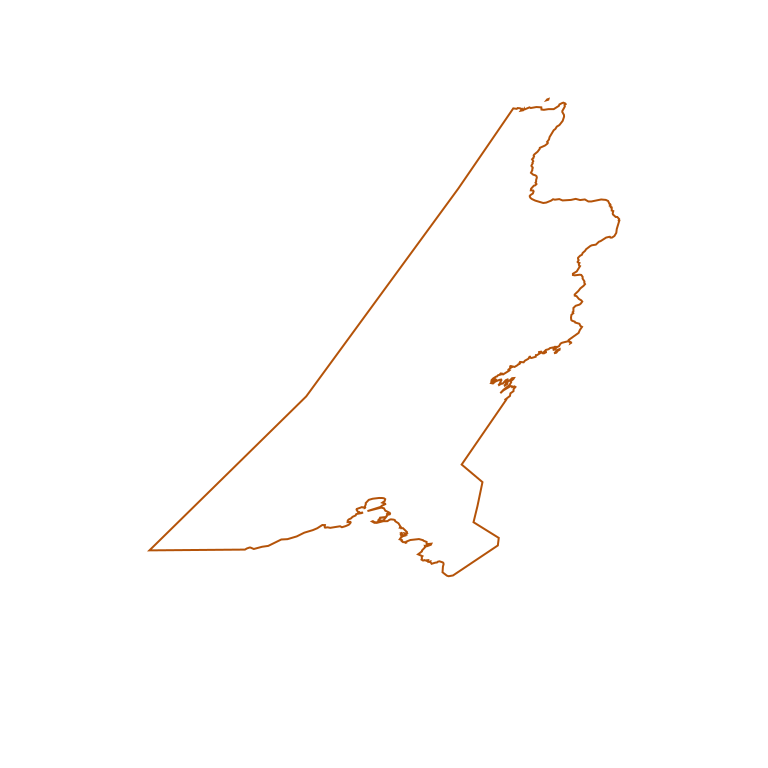 Reykjanesbær, Suðurnes, Iceland (Equal Earth projection), rotated 157°
{"feature_id": "244011B48140939724428", "entity_name": "Reykjanesbær", "entity_type": "district", "adm_level": 2, "iso_a3": "ISL", "parent_name": "Iceland", "parent_adm1": "Suðurnes", "projection": "equal_earth", "projection_center": [-22.621, 63.919], "detail": "fine", "context": "isolated", "style": "outline", "palette": "amber", "viewbox_px": 768, "rotation_deg": 157, "n_neighbors": 0, "source": "geoboundaries", "source_scale": "gbopen_adm2", "svg_char_len": 6168}
<svg xmlns="http://www.w3.org/2000/svg" viewBox="0 0 768 768"><g transform="rotate(157 384 384)"><path d="M576.7,285.9L574.4,286.2L571.7,286.0L570.8,285.6L568.3,283.0L559.8,281.8L553.8,280.2L539.3,281.0L533.5,278.9L523.9,277.8L515.5,278.3L506.6,277.3L501.8,277.3L495.9,278.3L493.5,277.2L494.4,275.9L494.5,275.0L494.1,274.7L491.9,274.1L489.7,272.6L480.0,270.2L478.7,268.6L475.1,268.2L471.5,268.2L469.5,269.0L468.8,269.6L468.8,270.2L471.5,271.1L470.7,272.5L469.4,273.1L466.8,273.2L464.9,274.0L461.4,274.1L460.6,275.0L459.6,275.0L455.0,273.9L453.5,273.9L458.1,275.2L457.3,276.0L457.9,276.3L458.4,279.0L457.9,279.6L452.4,279.3L451.7,278.6L450.2,278.3L450.4,277.4L449.9,277.4L449.5,277.7L449.6,278.5L447.6,280.6L447.4,281.5L443.3,283.3L439.2,282.8L433.0,281.0L429.7,279.5L428.5,278.6L427.9,277.5L429.1,276.0L431.9,275.4L429.7,273.4L429.8,272.9L433.3,272.8L435.4,272.2L448.9,273.5L434.8,271.3L432.6,269.6L432.3,266.9L429.9,264.2L430.6,263.5L432.9,263.0L429.1,262.9L429.1,262.2L429.6,261.8L432.4,262.2L434.2,260.8L439.8,262.5L440.8,261.7L440.4,261.6L439.6,262.2L434.3,260.6L437.9,258.6L442.4,260.3L441.7,261.1L442.1,261.1L443.6,259.3L444.6,259.5L446.6,260.4L447.8,262.1L448.7,262.1L447.1,260.0L444.9,259.0L438.4,258.0L434.4,256.4L432.0,256.9L430.5,256.7L428.0,255.3L427.1,254.2L427.3,253.3L425.1,250.1L424.6,246.6L425.5,245.6L424.3,245.2L424.5,244.5L422.9,243.9L420.7,238.7L421.5,237.4L423.3,238.5L423.1,237.9L421.9,237.3L423.3,236.8L423.9,237.2L423.5,236.7L424.6,236.9L424.3,236.3L425.7,236.5L424.9,236.7L426.1,236.5L425.5,237.5L426.2,240.1L426.8,240.1L426.6,239.3L427.4,238.9L427.3,236.8L430.2,234.9L428.7,233.8L428.5,233.3L429.2,233.1L429.2,232.7L428.3,231.0L426.7,230.3L426.3,229.4L425.4,229.3L425.0,230.2L420.7,230.1L412.4,227.6L409.1,225.0L408.9,224.3L406.5,222.0L407.4,219.8L408.3,218.7L407.8,218.6L406.6,219.7L402.8,218.5L403.7,217.7L407.7,217.9L408.8,218.1L409.7,218.9L410.0,217.7L414.1,215.9L414.5,215.1L419.2,213.9L415.9,210.5L416.9,209.9L417.3,208.5L418.1,207.7L417.0,206.2L415.6,206.1L415.1,205.5L412.5,204.7L413.3,204.1L412.2,203.2L412.4,202.9L410.7,202.6L411.2,202.0L410.7,201.5L410.4,199.9L406.5,199.5L405.0,199.0L403.9,199.4L402.2,199.1L399.6,196.8L399.3,196.1L399.5,194.9L401.1,192.9L403.7,187.8L401.0,183.0L399.6,181.8L395.3,180.8L342.3,190.9L338.5,197.5L355.6,221.8L345.6,235.2L331.7,255.2L344.0,279.5L276.8,322.3L279.3,322.1L272.7,323.8L271.3,326.0L267.6,326.8L266.7,328.7L264.2,329.9L264.8,330.8L267.3,331.1L267.2,332.0L268.4,332.6L276.5,331.5L280.5,330.1L276.2,332.0L269.0,333.9L266.3,335.9L266.5,336.9L263.0,338.0L262.0,338.7L263.8,339.3L266.1,338.4L268.7,338.0L269.5,337.6L270.5,335.9L273.4,335.3L273.4,335.7L271.7,336.5L271.2,337.9L268.6,339.2L268.5,339.9L270.5,339.9L274.4,338.0L276.1,338.4L278.5,338.1L278.5,338.6L276.1,339.3L276.4,340.1L274.4,341.7L274.4,342.3L276.0,342.7L280.5,342.8L283.5,341.9L284.8,342.8L279.4,344.6L279.9,345.3L283.9,344.8L283.4,345.6L281.2,346.5L277.9,347.0L277.0,346.8L275.7,347.5L274.1,347.3L272.5,348.1L271.8,347.7L272.8,347.1L271.2,346.9L270.7,346.3L264.0,347.3L263.7,347.4L264.3,347.7L263.9,348.6L261.4,349.2L261.1,349.6L261.3,350.4L260.6,351.1L259.7,350.6L260.4,349.6L258.2,349.5L257.1,348.7L253.6,349.2L253.0,349.6L251.4,349.5L250.8,349.9L251.9,350.2L250.5,350.5L250.1,351.1L247.0,349.4L245.2,350.4L241.3,350.8L239.4,352.2L238.9,352.0L239.1,351.0L238.0,350.3L233.7,349.8L232.9,351.2L231.9,350.8L228.1,351.4L228.0,352.1L228.9,352.4L228.8,352.8L226.7,352.4L226.1,350.4L224.8,349.7L222.5,349.9L222.4,350.2L223.8,351.2L221.6,352.1L218.9,351.7L217.1,352.2L213.7,351.5L213.3,351.1L212.2,351.5L211.6,351.2L212.8,350.2L214.4,349.8L214.5,349.2L214.0,349.1L210.1,350.4L208.2,350.4L205.7,352.2L204.0,352.4L197.6,351.4L196.0,349.0L196.3,348.7L195.6,348.8L195.5,349.1L197.0,351.2L197.2,352.0L196.8,352.4L184.9,355.0L182.6,357.2L179.4,359.2L180.5,360.7L180.6,363.1L184.0,365.9L184.0,366.8L186.1,368.7L186.6,369.8L185.9,372.1L184.4,374.5L182.1,375.2L182.3,376.4L181.3,376.8L179.9,380.0L177.0,381.1L173.0,380.7L171.3,381.2L169.3,382.4L169.7,383.9L171.4,386.2L172.4,389.6L173.9,390.8L173.5,391.9L168.7,393.7L165.9,395.3L161.9,396.4L159.9,397.4L160.1,398.9L159.4,400.1L160.0,403.5L159.3,405.0L159.8,407.3L161.1,408.1L166.0,409.5L167.5,410.5L167.0,411.7L162.6,412.3L157.5,415.9L158.1,416.7L158.0,417.8L156.8,419.0L157.9,420.0L158.1,420.7L156.4,422.0L156.5,423.4L156.0,424.4L153.2,425.5L151.4,425.6L149.9,427.0L146.9,428.0L145.3,429.1L140.2,430.4L138.6,430.5L134.5,429.5L130.6,431.0L128.8,430.9L122.3,432.0L118.9,431.4L118.5,431.2L118.4,430.3L117.0,429.7L114.1,430.2L111.1,432.4L109.2,435.7L103.5,442.5L104.0,442.9L103.1,444.0L104.0,446.6L105.5,447.3L107.0,450.6L106.8,451.7L105.4,453.6L106.6,454.7L105.4,457.5L106.2,458.0L105.8,458.9L106.5,459.8L105.5,460.5L105.6,461.3L106.1,461.7L106.2,464.9L107.9,466.8L112.0,469.0L121.8,471.0L124.6,472.2L127.0,475.4L131.6,476.7L135.2,479.5L140.0,480.4L147.9,483.2L150.4,485.7L154.7,486.9L156.2,488.0L158.5,487.5L163.8,487.6L166.7,488.4L173.1,493.7L175.6,496.5L176.4,497.9L176.6,499.3L176.4,500.1L175.3,500.7L172.5,501.2L171.0,502.9L171.1,503.8L173.2,504.9L172.3,506.3L168.6,508.0L167.1,507.8L165.5,508.5L165.9,510.1L164.9,510.8L164.3,512.3L162.7,514.2L162.4,515.6L163.0,516.8L164.9,518.4L166.2,521.0L163.8,523.0L163.6,523.9L162.6,524.8L162.5,525.3L163.1,526.6L162.9,527.5L160.9,529.0L160.9,529.7L159.5,530.8L159.9,533.0L158.3,533.5L158.1,534.1L157.0,534.7L156.9,536.0L155.9,536.6L151.9,537.8L148.8,539.6L148.3,540.5L142.7,540.6L139.7,541.4L139.0,541.9L139.3,543.1L136.6,544.6L135.1,546.6L128.6,551.3L126.6,551.8L124.4,553.4L121.4,553.8L116.7,556.4L113.8,559.7L113.2,561.4L113.6,564.6L113.2,565.6L109.1,568.8L108.8,570.4L107.4,570.7L107.6,571.5L109.0,572.9L110.3,573.0L113.3,572.8L114.4,571.7L120.3,570.7L125.4,572.8L129.7,573.9L131.8,575.1L131.1,577.2L135.5,579.4L141.1,580.7L142.0,581.8L147.2,581.8L147.9,582.0L147.8,582.3L148.9,581.6L151.2,582.1L148.6,583.6L150.3,583.3L151.0,584.6L153.2,585.8L154.3,585.4L157.3,587.2L239.2,534.9L460.4,403.0L664.9,322.5L576.7,285.9ZM213.3,346.5L214.6,346.0L214.6,345.7L213.1,345.5L211.0,346.7L209.0,346.9L208.7,347.5L212.2,347.6L213.3,346.5ZM123.5,581.7L121.7,581.5L121.2,582.1L122.6,582.2L123.5,581.7Z" fill="none" stroke="#b45309" stroke-width="2"/></g></svg>